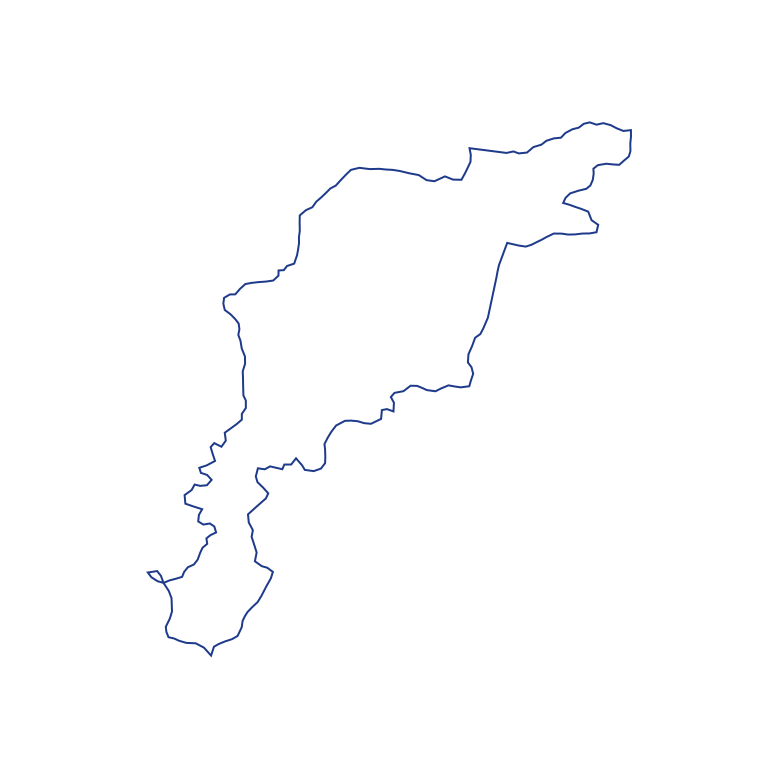 Fundão, Espírito Santo, Brazil (Albers equal-area conic projection), rotated 103°
{"feature_id": "56859067B75686220387201", "entity_name": "Fundão", "entity_type": "district", "adm_level": 2, "iso_a3": "BRA", "parent_name": "Brazil", "parent_adm1": "Espírito Santo", "projection": "albers", "projection_center": [-40.334, -19.953], "detail": "fine", "context": "isolated", "style": "outline", "palette": "blue", "viewbox_px": 768, "rotation_deg": 103, "n_neighbors": 0, "source": "geoboundaries", "source_scale": "gbopen_adm2", "svg_char_len": 3454}
<svg xmlns="http://www.w3.org/2000/svg" viewBox="0 0 768 768"><g transform="rotate(103 384 384)"><path d="M354.0,299.4L348.0,302.5L344.1,307.1L336.0,308.4L327.3,306.7L318.4,305.6L313.7,301.4L307.8,299.8L296.0,297.7L254.7,298.4L248.8,298.7L242.2,298.7L218.8,295.7L218.8,289.4L218.8,283.9L218.2,276.7L215.2,271.7L211.4,267.1L208.2,263.1L204.3,258.8L199.2,252.4L197.5,244.6L197.0,238.3L195.3,231.6L192.7,224.3L191.1,217.7L188.3,211.1L180.7,211.1L177.7,218.6L170.1,223.8L168.9,232.1L168.4,237.6L167.7,243.1L167.3,250.1L161.8,249.0L156.4,245.5L151.9,238.0L148.3,230.8L144.2,227.6L138.2,226.5L132.0,227.0L127.1,228.4L122.7,224.9L119.4,217.1L118.6,210.5L117.5,204.1L111.9,200.1L107.2,196.6L101.5,196.3L94.4,198.1L87.4,199.0L81.1,200.5L83.6,207.7L82.5,214.8L80.8,221.2L80.5,229.0L83.5,235.2L82.8,242.4L85.5,247.8L90.4,251.9L93.4,257.7L98.6,263.7L104.2,267.0L106.4,273.6L110.5,280.5L115.4,284.5L119.6,291.8L126.3,296.7L129.0,304.5L128.3,310.2L131.3,316.6L135.0,353.7L141.2,351.0L148.1,349.7L154.6,351.1L160.6,352.5L167.6,354.5L169.3,362.8L168.0,371.3L175.1,380.5L175.8,388.4L172.6,397.1L173.0,406.6L172.9,416.5L173.4,423.6L174.6,430.6L175.4,437.0L177.8,446.2L178.9,456.6L182.8,464.4L189.0,468.4L194.9,471.9L201.5,475.6L205.5,480.2L210.5,483.3L216.1,487.0L221.6,491.0L227.9,493.6L232.2,499.2L238.7,504.0L245.8,502.5L253.7,500.5L260.2,499.9L265.7,498.5L273.0,497.9L278.2,497.7L286.9,498.6L290.9,505.1L295.6,507.2L297.1,512.3L302.1,511.2L308.1,515.2L310.8,522.2L312.9,529.1L315.4,536.1L317.8,541.6L323.7,545.7L330.1,549.1L331.4,554.3L336.0,559.2L341.9,558.6L347.7,555.8L350.7,549.0L354.2,543.6L357.8,539.2L363.2,537.2L368.9,537.0L374.3,533.5L381.4,530.6L388.4,525.7L395.5,523.9L403.4,524.5L410.4,522.6L419.2,520.4L426.8,518.4L431.2,514.9L438.5,513.2L445.1,515.8L450.7,514.5L456.4,518.7L461.8,523.4L467.3,528.2L474.8,525.4L481.7,528.3L479.8,536.1L484.5,538.7L490.7,535.2L497.0,531.3L503.2,538.5L507.2,545.1L511.8,542.4L512.4,535.9L516.2,530.4L522.5,533.8L524.6,540.2L524.6,545.9L530.6,547.6L537.1,553.3L545.3,550.6L546.3,541.0L546.9,533.0L553.2,534.9L559.7,534.1L561.6,528.4L559.1,522.3L561.0,517.3L566.4,514.2L570.3,519.1L574.4,522.3L579.5,520.3L584.4,524.0L590.1,525.2L596.9,526.0L602.6,528.6L606.7,533.9L612.1,536.5L617.3,537.3L620.8,543.4L623.5,548.6L627.4,554.1L634.1,547.1L640.4,542.9L646.6,541.2L653.4,539.4L660.7,539.9L669.7,542.0L674.4,540.3L679.2,537.0L679.2,531.1L680.3,525.8L680.7,518.3L679.0,509.1L681.4,500.1L687.5,491.4L678.3,490.6L674.7,486.8L670.6,481.0L666.8,474.7L662.5,470.0L652.9,467.9L646.7,468.5L641.5,467.3L636.9,465.7L631.0,462.2L625.0,458.1L618.1,455.8L607.9,453.2L598.7,450.5L592.1,450.0L589.3,456.4L589.0,462.1L585.8,469.9L576.8,470.2L569.0,474.8L562.7,478.6L555.9,478.9L549.4,484.6L541.6,487.2L532.6,480.9L522.0,473.3L516.6,472.2L512.1,478.5L508.1,485.2L502.9,488.1L494.5,487.9L493.9,480.9L489.9,476.5L489.9,469.6L489.9,463.9L484.9,463.0L483.3,456.3L476.2,453.0L481.7,445.5L485.5,441.8L484.7,432.9L480.6,426.4L474.4,423.6L468.1,424.8L460.6,426.8L455.9,428.5L449.1,426.8L442.2,424.5L435.2,421.3L428.7,413.8L427.1,408.0L426.2,401.3L426.6,394.4L425.7,387.7L418.7,379.0L409.9,380.2L407.8,375.5L408.6,368.6L400.0,370.1L395.2,374.4L390.3,371.8L386.6,363.4L379.7,357.7L378.4,351.3L379.2,346.1L380.3,340.9L379.5,332.2L375.2,327.0L370.8,320.8L370.5,314.3L370.0,308.4L367.0,300.4L361.0,300.1L354.0,299.4ZM627.4,554.1L621.1,558.2L617.3,563.0L620.8,571.7L624.6,567.2L627.1,560.2L627.4,554.1Z" fill="none" stroke="#1e3a8a" stroke-width="2"/></g></svg>